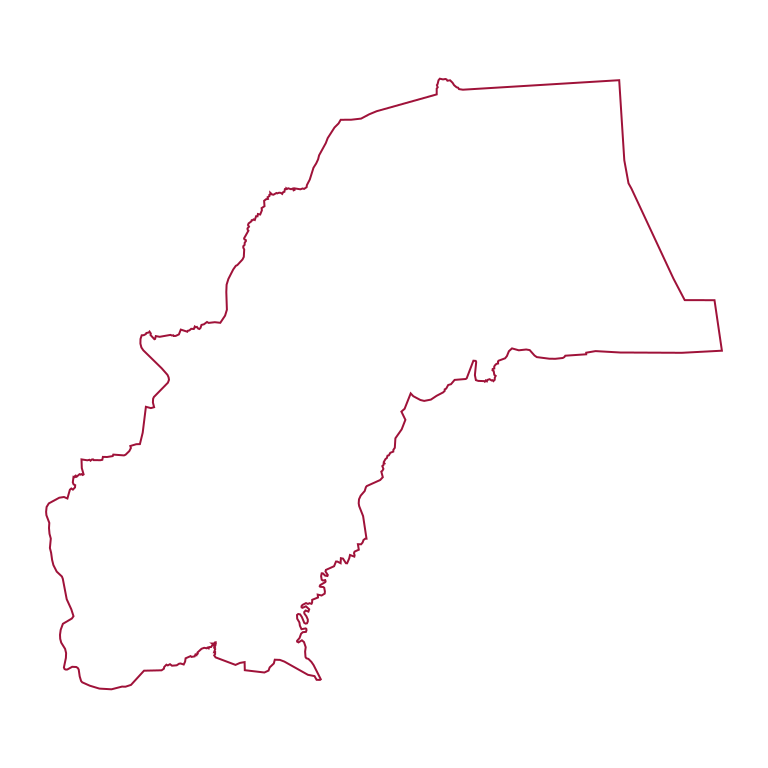 Khao Chaison, Phatthalung, Thailand
{"feature_id": "78962969B96011402806004", "entity_name": "Khao Chaison", "entity_type": "district", "adm_level": 2, "iso_a3": "THA", "parent_name": "Thailand", "parent_adm1": "Phatthalung", "projection": "natural_earth1", "projection_center": [100.092, 7.466], "detail": "fine", "context": "isolated", "style": "outline", "palette": "rose", "viewbox_px": 768, "rotation_deg": 0, "n_neighbors": 0, "source": "geoboundaries", "source_scale": "gbopen_adm2", "svg_char_len": 6039}
<svg xmlns="http://www.w3.org/2000/svg" viewBox="0 0 768 768"><path d="M721.9,350.7L714.5,300.2L684.7,300.1L673.4,278.5L631.4,188.5L628.5,183.3L624.3,160.3L619.2,80.2L462.9,89.7L459.0,89.1L458.1,87.7L456.6,87.3L454.1,85.2L452.6,82.8L450.1,80.3L447.4,80.7L446.5,79.4L445.4,79.0L443.0,79.4L439.8,78.7L438.5,80.3L437.6,84.0L436.9,85.1L437.7,87.3L436.7,88.6L436.7,94.4L376.7,111.2L369.2,114.3L361.1,118.6L351.4,119.7L340.7,119.8L338.6,123.4L334.5,127.5L327.7,138.1L325.8,143.1L319.1,155.3L318.1,159.3L316.2,163.4L313.5,167.7L309.8,179.5L306.9,185.1L306.6,187.2L304.1,188.9L302.6,188.5L300.4,189.3L294.7,188.4L294.6,189.9L293.6,190.3L292.9,188.5L291.0,189.2L288.2,188.3L287.0,189.0L286.2,188.3L286.0,189.1L284.9,189.1L284.4,191.8L283.1,192.2L282.2,193.9L280.9,192.9L279.1,192.7L277.2,193.4L276.4,193.0L273.5,194.7L272.1,194.5L270.3,192.8L270.4,194.4L269.4,194.8L269.4,196.1L267.6,197.2L268.0,198.9L266.1,199.2L264.1,200.8L264.5,206.2L261.6,208.1L261.9,210.3L260.2,214.5L257.9,214.0L257.5,216.3L256.1,216.2L254.8,220.0L253.5,219.4L252.7,220.2L251.7,220.2L251.3,221.4L248.6,223.4L248.0,225.0L249.0,226.7L247.5,228.4L247.6,229.7L248.4,230.7L244.1,238.3L244.4,239.3L245.9,240.2L245.9,241.1L244.7,242.7L244.6,244.9L243.3,246.2L243.3,247.7L244.2,249.5L243.8,256.9L242.5,259.5L237.3,265.1L235.8,265.8L233.2,269.5L228.4,278.9L226.6,284.7L226.3,292.0L226.9,309.7L225.1,315.6L220.3,322.8L214.8,322.2L208.6,322.9L207.0,322.0L203.9,324.3L201.5,324.9L200.5,327.9L199.4,329.0L198.2,328.6L196.9,326.9L195.8,327.3L194.8,326.5L193.8,329.0L191.2,328.8L189.4,330.4L187.7,330.8L187.3,331.7L180.8,329.6L178.9,334.4L175.7,335.9L173.7,336.0L173.3,335.3L171.9,335.5L170.5,334.9L159.7,336.8L155.8,336.1L155.1,338.9L154.4,339.2L150.5,335.0L150.8,333.5L149.5,331.6L148.8,332.5L146.4,333.0L145.8,334.1L143.7,335.2L141.7,335.3L140.5,339.0L140.4,343.6L141.4,347.5L143.3,350.3L161.7,368.3L167.5,374.9L168.6,377.4L169.0,379.8L167.9,382.7L153.9,397.0L153.1,398.8L152.9,402.5L154.1,407.2L150.9,408.1L145.9,406.8L142.7,432.7L139.9,444.1L136.3,444.2L130.3,446.0L130.9,448.0L129.3,451.1L125.6,454.7L124.0,455.4L113.3,454.6L112.7,456.1L107.1,457.0L102.9,456.9L102.3,459.8L100.4,460.2L93.6,460.1L93.3,459.5L92.1,459.4L90.5,460.7L89.6,459.8L87.3,460.3L81.5,459.4L81.8,468.1L83.6,474.4L82.7,475.0L81.3,474.1L80.4,474.6L79.5,474.2L76.7,476.7L75.9,475.8L75.4,476.8L74.7,476.4L74.2,477.2L73.5,476.9L72.8,482.4L73.6,484.4L75.2,485.2L75.0,487.4L72.9,489.6L71.3,488.5L69.9,489.7L67.4,498.5L64.0,497.0L59.3,497.7L48.8,503.4L46.6,507.0L46.1,511.8L46.4,515.2L49.3,522.9L49.0,528.1L49.5,533.8L50.8,538.6L49.9,548.0L51.1,552.7L52.1,559.9L53.4,565.1L56.7,571.6L61.9,576.5L62.8,578.8L66.7,599.2L71.3,609.3L73.5,616.2L71.9,618.5L62.9,623.8L60.7,629.8L60.0,634.8L60.2,638.8L61.2,642.6L65.1,648.9L66.1,653.1L65.9,657.9L63.9,667.5L64.6,669.1L65.9,669.6L67.3,669.5L72.2,666.8L76.2,667.0L77.7,667.9L78.7,669.5L79.7,676.4L81.1,681.0L82.2,682.3L89.8,685.7L99.4,688.6L111.5,689.3L122.0,686.6L125.5,686.7L131.0,684.9L144.0,670.7L161.6,670.3L163.9,668.7L164.2,667.0L166.4,664.7L167.8,665.4L170.0,664.2L172.0,665.7L176.7,665.3L179.1,663.7L180.6,663.5L183.7,664.5L185.1,661.6L185.6,658.3L190.6,656.1L191.5,656.9L194.6,656.4L194.9,655.4L196.2,655.3L195.9,654.3L197.3,654.2L197.8,653.5L197.5,652.5L201.5,648.8L204.2,647.8L206.7,648.3L207.4,647.6L208.7,648.4L209.1,647.1L211.1,647.0L212.5,644.9L213.3,645.3L213.3,644.3L212.2,643.5L214.3,643.5L214.8,642.5L215.7,642.3L215.8,643.5L214.9,643.5L215.4,645.6L214.3,647.2L214.9,647.6L214.5,648.4L215.2,649.1L214.1,652.2L215.1,652.1L215.1,654.1L214.2,655.4L215.6,657.4L235.5,664.9L240.0,662.9L244.6,662.1L244.8,670.2L264.4,672.5L268.5,670.6L269.7,667.4L273.8,663.5L274.8,659.7L279.9,659.9L284.4,661.6L307.9,674.8L314.5,676.1L316.6,679.8L320.0,679.9L320.8,679.3L313.6,665.1L311.4,661.9L308.4,658.9L306.4,658.3L305.5,657.0L305.1,651.6L305.7,647.2L304.0,642.1L301.9,640.3L298.5,642.4L297.1,641.6L297.1,640.8L299.5,638.1L301.1,633.7L302.8,632.2L305.9,631.9L306.5,630.3L306.3,628.9L305.7,628.4L301.5,629.2L299.9,625.7L299.4,622.4L297.2,618.7L297.0,615.0L298.2,614.0L300.1,614.4L301.8,616.9L304.3,622.9L305.6,623.6L307.0,623.3L307.8,621.5L307.8,619.5L306.4,616.3L304.4,613.6L304.2,612.1L305.6,610.5L308.4,611.6L309.2,609.3L305.9,606.3L302.5,607.8L301.6,607.4L301.5,606.2L302.5,604.9L306.0,603.1L307.9,603.9L309.5,603.2L311.5,603.8L312.1,602.6L312.2,599.8L318.0,597.5L317.7,594.6L321.6,595.5L324.7,593.6L324.9,591.4L324.2,587.7L323.1,587.0L320.2,586.8L319.7,586.2L320.3,585.0L325.3,582.1L325.6,581.2L325.2,580.1L322.9,580.5L321.7,579.7L321.1,576.2L321.7,573.3L322.8,573.3L325.1,575.6L327.4,576.0L327.8,575.0L325.5,571.5L325.9,569.9L334.1,566.2L336.0,561.5L337.2,561.5L340.6,563.2L340.9,558.2L343.0,558.6L345.9,563.2L347.1,563.3L349.2,558.4L350.0,555.0L354.3,556.6L354.6,555.3L354.0,553.1L354.6,551.6L358.8,549.7L357.9,544.2L361.1,544.3L362.6,542.5L363.5,540.0L365.2,538.7L366.5,538.7L363.1,516.1L359.2,506.2L358.7,503.4L359.0,499.3L360.7,495.6L364.7,491.0L365.9,487.2L366.7,486.1L380.2,480.0L382.8,477.2L381.3,471.6L382.5,470.6L383.4,468.9L382.3,466.1L383.4,465.2L383.6,463.8L384.5,463.5L383.7,462.2L385.5,459.0L386.8,458.1L387.5,455.7L388.9,455.3L390.3,452.8L393.3,451.6L393.4,449.8L394.8,447.8L395.4,438.3L401.7,429.3L405.4,419.8L401.4,411.6L404.6,408.8L410.7,393.4L413.3,396.2L420.4,400.0L424.2,400.9L430.9,399.6L436.6,395.8L443.1,392.4L444.7,390.9L444.7,389.4L446.2,388.6L448.2,385.0L451.0,384.2L454.6,379.9L465.7,379.0L466.7,378.3L473.4,360.7L475.7,360.9L476.2,362.0L474.9,375.1L475.9,380.1L478.3,380.9L484.1,381.1L484.8,381.7L485.8,380.4L486.9,381.3L487.5,379.9L489.6,379.2L491.6,380.5L492.6,380.2L493.4,381.1L494.7,379.8L494.8,377.6L495.7,375.9L494.3,374.8L493.7,371.1L492.5,370.3L492.7,369.0L494.3,368.5L494.2,366.7L494.8,365.5L496.4,363.9L498.1,363.5L498.0,361.5L498.6,360.7L505.1,358.3L506.9,356.1L508.9,351.2L512.0,348.4L518.8,350.3L526.2,349.5L529.7,350.1L534.5,355.5L536.8,357.1L549.2,358.7L555.3,358.8L562.7,358.0L564.3,357.1L565.3,355.7L586.2,354.3L586.2,352.7L595.5,351.1L620.2,352.5L681.9,352.8L721.9,350.7Z" fill="none" stroke="#9f1239" stroke-width="2"/></svg>